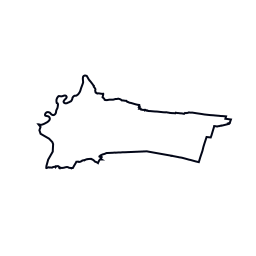 the district of Suharau, Botosani, Romania, rotated 326°
{"feature_id": "2599482B9614672235504", "entity_name": "Suharau", "entity_type": "district", "adm_level": 2, "iso_a3": "ROU", "parent_name": "Romania", "parent_adm1": "Botosani", "projection": "equal_earth", "projection_center": [26.43, 48.129], "detail": "fine", "context": "isolated", "style": "outline", "palette": "ink", "viewbox_px": 256, "rotation_deg": 326, "n_neighbors": 0, "source": "geoboundaries", "source_scale": "gbopen_adm2", "svg_char_len": 5459}
<svg xmlns="http://www.w3.org/2000/svg" viewBox="0 0 256 256"><g transform="rotate(326 128 128)"><path d="M215.8,173.2L213.2,171.1L212.1,170.3L211.2,169.6L210.3,168.8L208.8,167.6L207.2,166.3L206.0,165.3L204.2,163.9L203.9,163.7L201.5,161.7L198.9,159.5L196.8,157.5L193.6,154.6L189.7,151.0L188.8,150.5L188.2,150.0L187.9,149.8L187.2,149.1L186.4,149.0L185.6,148.7L185.2,148.4L184.4,148.1L183.7,147.4L182.7,147.5L182.4,147.6L180.8,146.0L179.1,144.7L178.5,144.1L177.4,143.3L176.1,142.0L175.7,142.2L175.5,142.3L173.5,140.7L173.1,140.5L170.8,138.6L170.5,138.2L169.7,137.5L168.6,136.4L168.0,136.0L167.6,135.9L166.8,135.2L166.2,134.8L164.8,133.6L163.6,132.6L161.5,130.8L159.2,129.1L156.0,126.5L155.5,126.1L154.9,125.7L154.2,125.1L153.7,124.5L153.0,123.9L152.7,123.2L152.8,123.2L152.6,123.0L152.5,122.8L152.4,122.8L152.1,122.8L152.2,122.6L151.9,122.5L151.8,122.2L151.7,122.2L150.2,121.1L149.8,120.6L149.6,120.5L149.1,120.0L149.3,119.2L148.9,119.0L148.6,118.8L148.5,118.4L148.3,118.3L148.5,118.2L148.8,117.8L148.6,117.4L148.8,117.4L149.1,117.6L149.2,117.2L149.4,117.1L149.4,116.9L149.0,116.8L149.1,116.5L149.4,116.8L149.5,116.8L149.7,116.7L149.7,116.4L149.6,116.2L149.8,116.0L149.7,115.8L149.7,115.7L150.0,115.5L150.2,115.2L148.6,113.8L148.5,113.6L147.8,112.9L147.7,112.8L144.4,108.8L143.6,108.1L143.0,107.3L142.7,106.6L142.3,106.3L142.0,105.8L141.9,105.6L141.9,105.3L141.9,105.0L141.9,104.6L140.8,103.8L140.2,103.2L139.2,102.3L138.6,101.9L138.3,101.7L138.0,100.6L137.8,100.2L137.2,99.2L136.9,99.0L136.6,98.6L136.3,98.2L135.1,97.8L133.8,96.9L133.3,96.8L132.4,96.5L131.5,96.2L129.7,95.0L128.4,94.1L126.1,93.1L124.8,92.1L124.7,91.9L124.4,91.6L124.4,91.4L124.6,90.9L124.6,90.2L124.4,89.3L124.1,88.5L124.1,88.2L124.8,87.7L126.5,86.0L126.6,85.8L126.6,85.7L125.7,85.3L123.0,82.8L121.9,82.3L121.6,81.5L121.4,81.5L121.2,81.0L121.0,80.4L121.2,80.1L121.5,79.1L121.8,78.5L122.4,78.0L122.6,77.7L122.7,77.4L122.8,77.0L122.8,75.3L122.7,74.7L122.9,74.2L123.2,74.0L123.3,73.9L123.1,73.1L123.1,71.6L122.9,68.3L122.7,67.5L122.8,67.3L122.7,66.6L122.6,66.1L122.8,63.8L122.9,61.7L121.7,60.4L120.5,60.1L119.9,60.2L119.6,60.3L119.1,60.7L118.1,61.9L117.6,62.8L117.0,63.9L116.5,64.8L116.2,65.2L114.8,66.3L111.3,68.8L109.2,70.5L107.9,71.3L106.1,72.0L105.4,72.2L103.7,72.3L103.4,72.3L102.9,72.1L101.8,71.4L101.2,71.3L100.1,71.4L99.4,71.7L98.9,71.9L98.0,72.8L97.4,73.2L96.4,73.7L95.8,73.9L95.2,73.9L94.5,73.7L93.6,73.7L92.8,73.5L91.6,73.3L91.0,73.2L90.5,72.9L90.0,72.6L89.6,72.2L89.3,71.7L89.1,71.2L89.2,70.4L89.3,70.2L89.5,69.9L91.1,69.2L92.7,68.9L93.3,68.8L93.8,68.5L94.3,68.2L94.6,67.7L94.6,67.2L94.6,66.7L94.3,66.2L93.9,65.8L93.4,65.5L92.8,65.3L92.0,65.1L90.8,64.7L90.3,64.4L88.6,62.9L88.4,62.8L88.1,62.8L87.5,62.9L86.2,63.4L85.4,63.9L84.5,64.6L84.0,65.3L83.7,65.7L83.0,67.1L82.9,67.6L83.4,68.1L83.4,68.6L83.2,69.2L82.9,69.6L82.7,69.9L82.5,70.0L81.8,70.9L81.6,71.1L80.5,72.1L79.4,72.7L78.4,73.3L76.8,75.0L76.0,75.5L75.2,75.8L74.3,75.8L73.8,75.8L73.1,75.4L72.8,75.1L72.5,74.7L72.0,73.4L71.9,72.3L71.8,71.7L71.4,71.0L70.8,70.3L70.3,69.9L69.7,69.6L69.1,69.5L68.5,69.6L67.9,69.7L67.5,69.9L66.8,70.4L66.5,70.8L66.4,71.1L66.4,71.6L66.6,71.9L68.2,73.5L68.5,74.0L68.8,74.8L68.8,75.1L68.7,75.8L68.6,76.2L68.4,76.5L68.2,76.8L67.9,77.1L67.6,77.3L67.0,77.6L65.7,77.9L64.3,78.0L61.2,77.7L60.0,77.5L58.2,77.0L57.4,76.6L56.1,75.1L55.8,74.9L56.1,78.2L53.3,80.3L52.3,83.9L56.6,92.7L57.4,97.4L56.9,99.5L52.4,105.5L44.1,109.6L39.1,113.9L37.9,115.4L38.0,115.6L39.5,116.0L39.8,116.1L40.3,116.2L40.6,116.5L40.7,116.8L41.0,117.0L41.7,117.4L42.0,117.7L42.4,118.0L42.6,118.1L42.8,118.3L43.3,118.5L43.8,118.4L45.8,119.2L46.0,119.3L46.0,119.8L46.5,119.5L46.6,119.8L47.1,119.9L47.4,119.8L47.6,119.9L47.8,119.9L48.1,120.1L48.7,120.5L49.1,121.4L49.2,121.8L49.0,122.0L49.1,122.4L49.1,122.7L48.8,122.8L49.0,123.3L49.3,123.2L49.7,122.9L50.1,123.5L50.9,124.2L52.7,125.1L54.0,125.5L55.6,126.2L56.3,126.9L56.8,127.9L57.2,128.3L57.6,128.6L58.4,129.4L58.4,129.6L58.5,129.8L58.8,129.8L59.0,129.7L59.9,130.3L62.5,129.0L65.7,127.5L66.3,127.1L67.7,127.9L67.9,128.0L68.2,128.6L68.6,128.9L69.1,129.1L70.0,129.4L70.5,129.4L71.2,129.5L71.7,129.4L71.9,129.5L72.5,129.6L73.0,129.8L73.2,130.0L73.7,130.2L73.8,130.4L74.2,130.3L74.6,130.5L76.0,130.7L76.9,131.2L77.4,131.3L77.8,131.6L78.1,131.7L78.4,131.9L79.1,132.3L79.4,132.6L80.0,132.8L80.3,133.1L80.6,133.6L80.6,133.9L81.2,134.8L81.6,136.0L81.7,136.7L81.9,137.6L82.4,138.2L82.8,138.7L83.0,139.2L83.3,139.7L83.5,140.3L85.2,139.2L86.8,138.5L87.4,138.4L87.8,138.7L88.0,139.0L88.3,139.2L88.1,138.8L88.0,138.6L88.2,138.2L89.6,137.7L89.9,137.5L90.0,137.4L90.0,137.2L89.8,137.0L88.4,136.0L88.3,135.9L88.3,135.7L88.6,135.5L89.0,135.6L89.3,135.6L89.7,135.4L90.2,135.4L91.5,135.6L92.1,135.7L94.2,136.4L96.1,136.7L101.5,140.0L103.5,141.1L103.7,141.4L106.5,143.0L108.1,144.1L109.6,144.9L111.0,145.8L111.7,146.3L112.4,146.7L114.2,147.8L127.2,155.8L127.8,156.1L128.1,156.4L128.9,156.8L130.7,158.0L131.9,159.2L141.5,168.5L144.5,171.4L147.3,174.1L148.8,175.5L148.7,175.6L148.9,175.7L150.6,177.4L152.1,178.9L153.7,180.5L154.0,180.9L154.5,181.3L156.0,182.7L158.7,185.8L160.9,188.4L161.9,189.4L165.3,193.4L167.6,195.9L171.8,192.5L176.9,188.6L180.1,185.7L182.7,183.6L188.1,179.4L191.3,182.1L193.2,180.7L194.4,179.7L199.8,175.3L200.5,174.6L201.6,175.5L202.6,176.5L203.1,176.8L203.4,176.8L203.7,176.9L205.2,177.7L205.6,177.7L206.2,178.0L206.7,178.1L206.8,178.4L213.9,181.0L214.1,181.1L214.8,180.9L214.5,180.4L215.3,180.6L218.1,178.5L213.9,174.8L215.8,173.2Z" fill="none" stroke="#020617" stroke-width="2"/></g></svg>